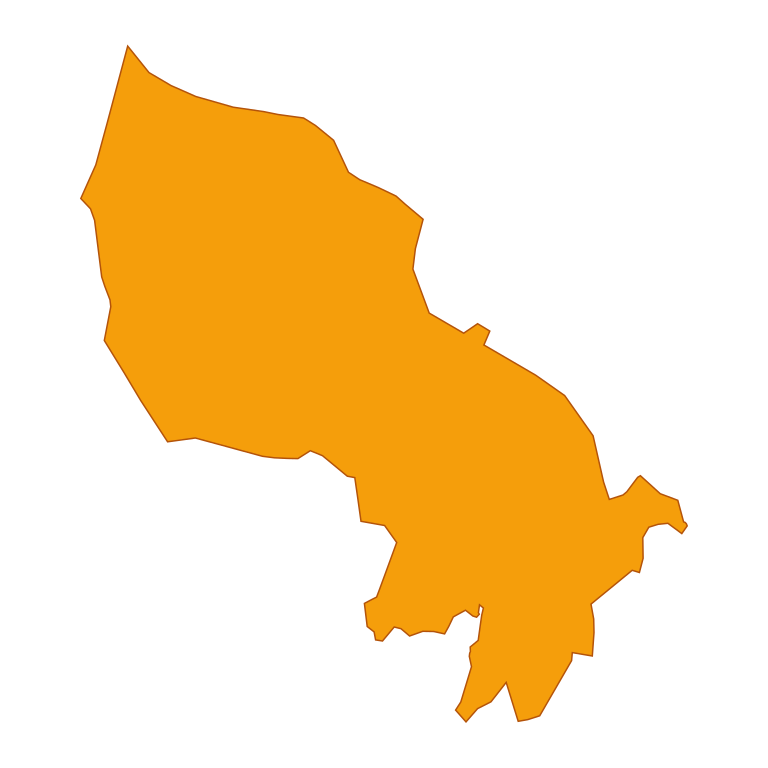 Guzamala, Borno, Nigeria
{"feature_id": "59680162B36028411577107", "entity_name": "Guzamala", "entity_type": "district", "adm_level": 2, "iso_a3": "NGA", "parent_name": "Nigeria", "parent_adm1": "Borno", "projection": "equal_earth", "projection_center": [13.284, 12.86], "detail": "fine", "context": "isolated", "style": "filled", "palette": "amber", "viewbox_px": 768, "rotation_deg": 0, "n_neighbors": 0, "source": "geoboundaries", "source_scale": "gbopen_adm2", "svg_char_len": 1576}
<svg xmlns="http://www.w3.org/2000/svg" viewBox="0 0 768 768"><path d="M681.8,533.6L687.2,525.9L686.4,523.8L685.1,522.4L683.6,521.9L677.8,500.3L660.2,493.7L640.4,475.7L637.7,477.3L626.8,491.8L623.0,495.0L609.3,499.4L603.6,482.1L593.1,435.8L564.7,395.6L535.7,375.2L483.9,345.0L489.8,331.1L477.6,323.7L463.7,333.2L429.2,313.1L412.9,269.1L415.4,248.6L423.1,219.3L404.8,203.9L396.1,196.1L378.4,187.6L359.7,179.7L348.5,172.3L333.6,140.3L315.5,125.5L303.6,118.0L278.0,114.5L263.7,111.6L233.2,107.2L195.8,96.5L171.1,85.6L149.0,72.6L127.7,46.1L107.2,123.0L95.8,164.9L80.8,198.5L90.5,208.8L94.6,220.3L101.7,276.9L104.8,286.3L110.0,299.9L110.8,306.7L104.3,340.5L123.8,372.2L140.9,400.8L167.6,441.8L195.3,438.0L262.5,456.3L274.4,457.8L287.6,458.4L297.9,458.6L310.3,450.7L322.5,455.7L347.3,476.2L354.8,477.6L357.9,499.1L361.0,521.3L384.6,525.5L396.7,542.5L384.3,576.4L379.4,589.7L376.6,597.1L372.0,599.4L364.4,603.4L367.2,626.5L374.1,631.9L375.6,639.9L382.5,641.0L394.2,627.0L401.0,628.7L409.6,636.0L422.8,631.3L433.8,631.5L444.6,633.9L448.8,626.3L453.3,616.9L457.6,614.5L465.5,610.2L472.8,616.0L476.6,617.2L479.3,614.2L478.4,612.7L479.5,604.8L483.4,608.0L481.7,615.3L480.3,625.1L478.2,640.4L470.2,647.0L470.4,651.6L469.7,653.1L469.3,656.3L471.5,666.7L460.8,702.0L455.6,710.1L466.0,721.9L477.6,708.6L491.0,701.8L506.2,682.4L518.2,721.3L527.8,719.6L539.7,715.8L571.6,660.6L572.3,652.6L592.3,656.0L594.0,632.5L593.7,619.0L591.0,604.1L632.2,570.3L639.4,572.5L643.1,558.3L642.8,537.6L648.8,527.2L658.2,524.3L667.9,523.3L681.8,533.6Z" fill="#f59e0b" stroke="#b45309" stroke-width="1.5"/></svg>